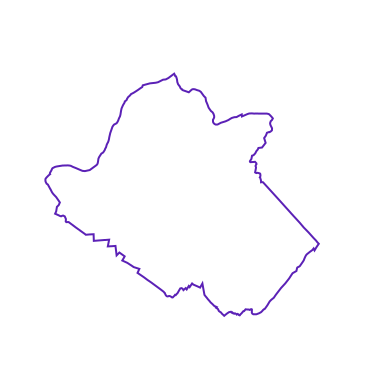 outline of Tenampulco, Puebla, Mexico, rotated 27°
{"feature_id": "50627088B49720713331936", "entity_name": "Tenampulco", "entity_type": "district", "adm_level": 2, "iso_a3": "MEX", "parent_name": "Mexico", "parent_adm1": "Puebla", "projection": "natural_earth1", "projection_center": [-97.395, 20.195], "detail": "fine", "context": "isolated", "style": "outline", "palette": "violet", "viewbox_px": 384, "rotation_deg": 27, "n_neighbors": 0, "source": "geoboundaries", "source_scale": "gbopen_adm2", "svg_char_len": 5911}
<svg xmlns="http://www.w3.org/2000/svg" viewBox="0 0 384 384"><g transform="rotate(27 192 192)"><path d="M93.7,275.9L95.7,274.8L104.9,276.4L105.0,276.4L112.1,277.5L115.4,278.0L116.8,278.3L120.2,276.2L123.5,274.3L126.7,280.1L129.8,278.2L132.9,276.3L135.8,274.5L136.0,274.4L136.4,274.2L139.8,272.1L141.7,278.7L143.6,277.6L145.0,276.8L148.3,274.8L153.6,282.7L154.8,278.9L161.2,279.9L161.2,281.2L161.0,284.7L166.6,284.5L173.9,285.3L174.0,285.4L180.0,284.4L180.2,288.8L184.9,289.4L187.9,289.8L192.5,290.6L194.3,290.8L197.2,291.2L198.3,291.4L208.6,293.1L212.2,293.8L213.1,294.3L213.6,294.3L214.6,295.2L215.6,295.9L216.7,296.3L217.5,296.2L218.1,295.8L218.5,295.3L218.9,295.0L219.5,294.8L220.3,294.8L221.1,294.8L222.2,295.0L222.8,294.5L223.0,293.7L223.3,292.8L223.6,291.8L223.6,291.4L224.3,291.3L224.4,290.9L224.6,289.7L225.0,289.1L225.3,283.3L226.2,282.5L226.4,282.4L226.7,282.4L227.8,282.6L228.2,282.8L228.9,283.3L230.0,280.5L231.5,281.2L231.8,277.2L233.1,277.8L233.6,273.4L233.8,273.4L235.0,273.9L239.8,273.6L242.6,273.5L242.8,268.8L243.7,270.0L249.8,278.0L251.5,278.8L253.4,279.6L254.6,280.2L257.1,281.2L257.6,281.4L258.0,281.6L258.8,282.0L259.4,282.1L261.5,282.7L263.5,283.4L263.9,283.4L265.4,283.3L265.8,283.3L266.3,283.3L266.0,284.2L267.5,284.4L268.3,284.5L269.6,285.6L270.2,285.9L271.6,286.1L272.6,286.2L273.8,286.8L274.8,287.1L276.0,287.4L276.9,287.7L277.4,286.5L278.5,284.1L279.5,282.3L281.1,281.0L281.4,281.1L281.7,281.2L282.0,281.5L282.5,281.5L282.7,281.4L282.8,281.1L283.3,281.4L283.7,281.2L284.1,281.4L284.5,281.1L285.0,281.2L285.4,280.6L286.4,280.6L286.9,280.6L287.4,280.9L288.0,279.9L288.4,279.9L288.7,280.1L289.0,280.2L289.3,280.3L289.6,280.2L289.9,280.1L290.0,280.2L290.1,280.3L290.3,280.3L290.4,280.1L290.6,280.0L290.6,279.3L291.2,277.7L291.5,276.4L291.9,274.8L292.2,274.7L292.5,274.5L293.0,272.2L294.1,271.8L295.0,271.4L295.4,271.2L296.0,270.9L296.9,270.9L297.1,270.7L297.4,270.3L297.5,270.0L297.7,269.7L298.0,269.5L298.2,269.4L298.4,269.4L298.6,269.4L298.8,269.6L299.0,270.0L299.2,270.6L299.8,271.7L300.1,272.4L300.4,272.6L300.8,272.9L301.1,273.0L302.1,273.1L302.4,273.0L302.9,272.7L304.0,272.2L304.9,271.7L306.8,269.6L308.1,267.7L308.6,266.2L308.8,265.4L308.9,264.8L309.1,264.5L309.2,264.0L309.4,263.7L309.7,263.5L309.8,263.3L310.0,262.8L310.1,262.3L310.1,261.8L310.2,261.4L310.3,260.8L310.6,258.7L310.9,254.2L311.6,252.0L312.9,249.1L313.2,246.7L313.4,245.3L314.9,237.2L316.6,231.1L317.8,225.0L318.3,220.2L318.5,218.7L320.9,215.0L320.3,212.7L320.2,212.5L320.2,212.2L320.1,211.7L320.2,211.3L320.3,211.1L320.6,210.8L321.2,210.0L321.7,209.1L322.4,204.1L322.6,202.2L322.4,200.3L322.3,198.6L322.3,196.7L322.6,195.4L323.8,192.7L324.5,191.2L324.8,190.7L325.1,190.0L325.6,189.1L326.0,187.1L327.7,188.4L327.9,185.1L328.2,182.6L328.5,180.6L326.6,179.9L324.4,178.9L321.2,177.8L319.4,177.1L314.2,175.1L307.7,172.9L302.0,170.5L294.0,167.5L293.6,167.4L292.7,167.0L290.5,166.2L288.5,165.4L281.7,162.8L271.3,158.8L251.7,151.4L250.8,151.1L250.6,151.1L250.1,151.4L249.5,151.7L249.1,152.0L248.6,151.0L247.8,149.9L247.0,149.1L246.3,148.3L245.8,148.2L245.8,147.4L245.7,146.9L245.6,146.5L245.4,146.1L245.3,145.9L245.0,145.6L244.9,145.3L244.7,145.0L244.3,144.7L243.7,144.7L243.3,144.8L241.8,145.1L241.2,145.5L240.8,145.9L240.5,146.0L239.9,145.8L239.5,145.6L239.3,145.7L238.0,141.3L237.4,140.5L236.8,140.0L236.7,138.7L236.8,137.9L236.3,137.2L234.4,136.5L233.2,137.3L230.5,138.9L230.0,138.8L229.7,138.5L229.6,138.2L229.9,135.8L229.9,135.5L229.5,134.1L229.0,132.4L230.1,131.3L230.8,128.9L230.8,127.9L230.8,126.4L231.3,124.3L231.2,122.6L234.2,120.6L234.9,116.9L235.3,114.8L231.8,111.2L232.2,108.4L232.1,106.9L231.9,105.2L233.5,103.5L233.9,103.5L234.6,102.4L235.1,101.2L235.2,100.7L234.4,98.9L232.0,97.1L231.4,96.6L230.7,95.8L230.3,95.1L230.0,93.2L230.5,91.7L230.6,91.4L230.6,89.7L228.8,88.9L227.2,88.3L225.6,87.8L225.1,87.7L224.5,87.8L223.0,88.2L219.3,90.1L213.5,93.0L211.6,94.0L209.6,94.8L207.3,96.1L206.1,97.3L202.2,102.0L201.1,100.3L199.1,102.9L197.7,105.0L195.8,106.1L193.9,107.9L192.9,109.4L191.8,111.3L189.8,113.8L186.3,117.2L184.2,120.2L182.7,121.1L181.3,121.2L180.0,120.8L179.0,120.1L178.4,119.1L177.9,118.1L178.0,116.6L177.8,115.2L177.0,113.9L175.4,112.4L174.0,111.6L172.3,111.3L170.5,110.4L168.5,109.3L166.5,107.4L165.0,106.1L163.3,104.7L161.2,101.8L159.2,101.2L157.4,100.3L154.5,98.8L152.6,98.5L149.8,99.0L148.4,99.1L147.0,99.5L146.1,100.0L145.6,100.4L145.1,101.4L143.9,104.6L137.2,105.5L136.7,105.0L136.0,105.1L134.7,104.7L133.8,104.0L133.2,103.5L130.7,102.3L129.0,100.7L127.5,98.5L126.0,96.9L125.2,96.2L124.6,96.4L124.1,96.1L123.2,95.2L122.8,95.0L122.4,94.7L119.2,101.2L117.5,103.6L115.2,105.1L111.9,109.6L110.1,111.1L105.2,114.3L99.7,119.3L100.0,121.1L99.0,122.8L97.6,125.5L96.0,128.3L94.8,130.3L93.2,132.5L93.2,132.9L92.9,134.0L92.6,135.1L92.1,136.0L91.8,138.3L92.0,139.5L91.6,140.7L91.0,141.8L91.3,142.8L91.1,146.0L91.3,149.5L91.9,151.8L93.1,155.5L93.5,157.3L93.5,159.2L93.6,160.4L93.8,161.9L93.8,163.4L93.6,165.0L92.6,166.4L91.9,167.4L91.6,169.0L91.5,170.0L91.9,172.9L92.4,176.6L92.7,177.8L92.9,178.6L93.5,181.0L94.0,182.5L94.4,184.3L94.6,186.0L94.5,187.1L94.6,188.8L94.7,189.3L95.1,191.2L95.0,192.8L95.2,194.4L94.9,197.1L93.8,199.0L93.4,203.1L93.5,204.8L94.6,208.0L95.0,209.6L94.9,210.8L94.4,212.0L90.9,218.9L87.1,222.0L84.8,222.9L82.4,223.1L77.6,223.4L74.5,223.7L72.1,223.7L71.0,224.0L69.2,224.7L67.8,225.5L64.8,227.1L60.8,230.0L59.6,230.9L58.5,231.9L56.9,234.1L56.8,235.2L56.9,236.2L56.9,237.2L56.8,238.5L56.8,239.5L57.1,240.5L57.4,240.6L56.5,242.8L56.2,243.9L56.0,244.5L55.8,245.1L55.5,246.7L55.7,247.4L56.3,248.5L56.8,249.2L57.7,249.9L58.7,250.6L60.2,250.8L64.7,253.9L64.9,253.9L65.1,254.1L65.6,254.5L66.7,255.3L67.4,255.8L68.7,256.5L69.9,257.0L73.3,258.2L79.0,261.3L79.2,264.1L78.4,266.6L79.8,271.0L79.9,273.5L81.6,273.4L83.8,273.3L85.2,273.3L86.4,273.1L86.8,272.5L87.3,272.0L87.9,271.5L89.7,271.5L91.9,273.3L92.4,274.4L92.9,275.6L93.7,275.9Z" fill="none" stroke="#5b21b6" stroke-width="2"/></g></svg>